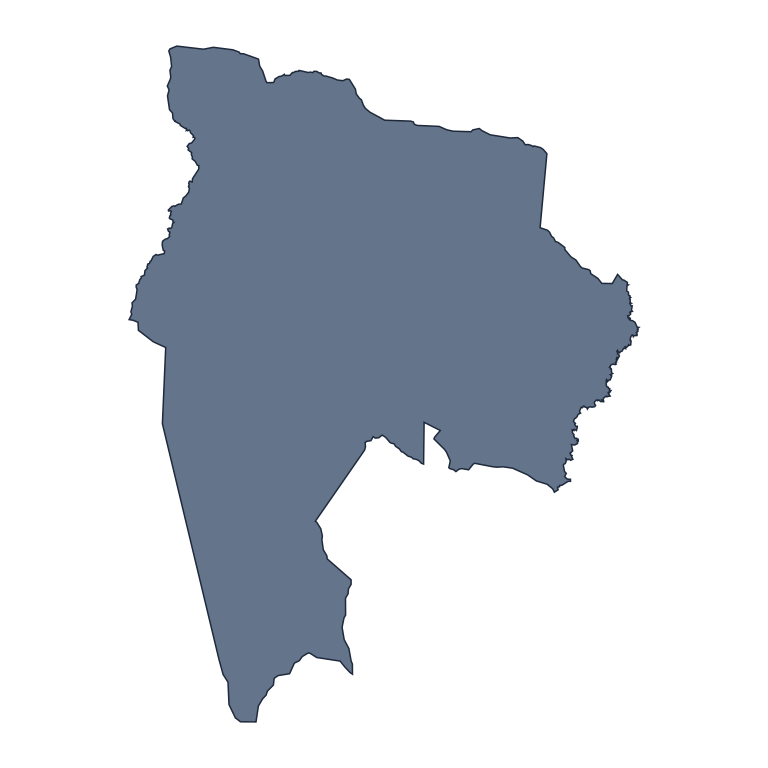 Bia West, Western, Ghana
{"feature_id": "2480657B58435284570364", "entity_name": "Bia West", "entity_type": "district", "adm_level": 2, "iso_a3": "GHA", "parent_name": "Ghana", "parent_adm1": "Western", "projection": "orthographic", "projection_center": [-3.037, 6.569], "detail": "fine", "context": "isolated", "style": "filled", "palette": "slate", "viewbox_px": 768, "rotation_deg": 0, "n_neighbors": 0, "source": "geoboundaries", "source_scale": "gbopen_adm2", "svg_char_len": 6078}
<svg xmlns="http://www.w3.org/2000/svg" viewBox="0 0 768 768"><path d="M176.8,46.1L170.0,48.9L168.8,51.0L170.6,57.1L171.6,66.5L169.9,70.4L170.7,76.3L170.5,78.7L167.3,86.1L169.1,89.8L167.5,95.9L169.5,109.7L172.5,113.0L173.0,118.7L174.4,120.7L175.1,120.8L174.9,121.4L180.1,124.1L180.3,125.4L185.1,128.4L186.5,128.4L186.3,130.4L187.0,129.9L187.6,130.7L189.3,130.1L190.0,130.7L190.5,132.7L193.4,135.6L193.1,137.3L193.8,137.1L194.9,137.9L194.6,139.2L191.6,143.0L189.3,143.5L187.1,146.4L188.7,148.3L188.1,149.9L191.6,152.6L191.3,154.3L192.4,157.2L192.1,158.8L195.3,161.5L197.4,165.3L198.8,165.5L198.7,169.2L192.6,178.5L192.1,182.0L189.9,181.1L189.2,181.8L188.7,183.2L189.2,184.9L188.4,186.6L189.4,188.3L188.8,192.0L185.7,196.1L183.3,197.9L181.3,204.0L178.3,204.3L174.7,206.3L174.0,205.9L171.9,206.4L168.3,210.1L168.6,211.0L170.7,210.8L171.3,211.3L170.5,213.8L170.8,215.1L170.0,215.7L169.3,217.9L169.8,218.7L172.9,220.1L172.9,221.4L174.0,222.4L172.7,223.1L171.8,227.5L170.3,228.5L169.2,228.1L167.6,229.0L168.5,231.4L169.9,232.1L169.2,235.1L169.7,236.4L167.4,238.6L165.4,239.1L163.0,240.8L162.4,242.0L162.2,245.1L163.2,250.2L164.7,251.1L164.2,253.6L157.4,255.2L156.1,254.5L153.2,256.4L151.0,261.0L150.2,261.2L149.5,263.4L147.8,264.0L147.0,267.0L147.5,268.0L145.0,270.6L144.4,275.1L141.1,276.6L141.4,278.0L139.9,279.4L138.6,283.5L136.2,285.0L136.2,287.3L137.1,289.6L135.6,299.1L132.0,302.9L132.4,306.2L130.9,311.7L131.7,314.4L129.1,319.6L133.1,320.3L138.0,322.3L138.4,330.3L153.3,341.8L165.7,347.5L162.4,423.7L218.9,659.1L223.1,674.5L228.0,682.2L229.0,704.6L235.4,717.9L240.5,721.8L256.0,721.9L258.4,706.0L262.5,699.0L266.1,695.1L267.4,691.1L273.4,685.0L274.2,678.3L278.1,675.6L289.6,673.7L294.4,663.1L299.3,660.7L302.2,656.6L306.9,653.7L308.8,652.9L310.1,653.3L316.7,657.5L340.1,661.1L345.0,667.2L350.1,672.6L352.5,674.2L352.4,664.1L351.1,660.8L348.9,648.5L344.2,639.7L342.1,627.3L344.0,617.9L345.6,615.1L345.5,598.2L348.1,593.7L348.5,588.8L351.1,584.4L351.1,579.8L327.2,558.9L326.9,555.9L323.3,549.7L321.9,539.6L322.4,536.1L320.8,528.8L316.7,522.2L315.3,521.3L364.6,450.1L365.5,446.7L365.1,442.7L366.8,441.3L370.9,440.7L373.1,436.7L375.3,438.1L378.7,437.8L382.2,435.1L385.6,437.3L390.2,442.7L394.3,444.0L395.5,446.3L399.4,448.9L401.3,451.6L403.2,452.3L408.0,456.1L411.6,457.3L413.3,458.9L415.6,459.1L418.7,460.5L421.3,463.2L423.6,464.1L424.1,422.3L440.3,430.5L434.6,437.2L433.9,438.9L444.5,449.4L446.6,452.4L450.3,460.9L448.8,467.6L449.7,468.6L453.6,469.7L455.9,471.6L459.0,469.2L461.8,468.6L468.6,469.8L473.2,464.1L474.8,463.3L492.4,466.7L496.7,467.2L503.1,466.8L512.6,468.2L527.5,474.8L536.3,480.9L547.2,484.3L552.7,488.8L554.4,492.2L558.1,489.8L557.5,487.1L559.6,486.7L559.6,485.5L562.0,485.2L568.0,481.4L570.5,481.3L570.5,479.3L567.3,479.1L564.6,476.5L566.3,473.4L564.6,471.6L563.4,465.7L563.6,464.4L565.3,463.5L566.2,461.2L565.9,458.6L567.8,459.8L569.3,459.2L570.5,460.3L572.9,459.3L571.6,456.6L572.1,455.5L570.7,455.1L570.6,453.7L569.4,453.2L570.3,453.1L572.7,450.9L571.4,444.6L574.8,445.0L577.5,443.5L577.6,441.6L578.3,441.2L578.2,439.5L577.1,440.0L577.5,439.0L576.7,438.3L574.9,438.4L573.7,435.7L574.0,434.7L572.6,433.0L572.2,429.9L573.8,430.4L573.5,429.6L574.8,429.5L576.4,430.5L577.3,427.3L577.3,426.3L576.0,426.4L574.6,424.1L575.4,423.4L573.4,421.5L574.3,419.1L576.8,417.1L578.1,414.4L580.6,413.1L579.7,411.9L579.8,410.4L581.3,407.2L582.4,407.7L583.9,406.0L584.8,407.0L586.6,407.4L587.4,409.1L588.4,407.5L590.2,406.7L591.9,407.2L594.7,406.7L595.6,405.4L594.4,403.6L594.5,402.0L596.0,400.3L597.3,399.9L597.5,400.7L599.4,400.1L600.3,401.5L603.1,401.7L602.1,400.2L603.5,400.7L603.1,399.6L603.6,398.2L605.7,396.4L606.4,396.1L607.4,397.3L607.2,396.5L610.1,396.1L608.1,392.9L608.5,392.2L609.6,392.6L610.9,390.6L609.6,390.6L609.7,388.6L608.6,388.6L608.2,387.2L606.6,386.5L606.1,383.0L607.4,381.7L606.4,381.6L606.2,380.9L606.5,379.6L607.4,380.5L610.2,379.9L611.7,376.1L610.6,374.9L611.5,375.0L611.3,374.2L612.6,373.5L611.7,373.0L611.3,368.9L610.4,368.8L610.6,368.2L608.9,366.9L610.1,367.2L610.5,365.4L612.7,364.1L615.2,364.6L616.2,364.1L615.4,362.4L616.6,362.0L616.3,359.3L616.8,357.4L617.6,357.5L617.7,359.0L619.4,356.0L618.6,354.2L617.5,353.9L617.7,352.6L616.8,351.2L617.6,350.4L618.0,351.7L619.7,352.8L620.2,351.9L622.0,351.2L623.7,348.3L625.6,348.7L624.8,346.1L626.2,347.5L627.8,346.3L628.5,344.8L628.9,345.4L630.7,345.0L631.1,341.1L629.6,340.3L630.6,340.4L630.3,338.2L631.0,336.4L632.1,335.0L632.9,335.1L633.3,336.6L633.8,335.8L637.0,335.5L637.1,334.9L636.4,334.9L636.9,333.3L636.3,332.5L637.9,331.5L637.3,329.8L638.1,329.7L637.8,328.3L638.9,327.4L637.2,327.2L635.0,322.3L632.6,320.7L630.2,320.3L630.3,318.6L629.2,319.2L628.7,318.1L629.7,317.3L628.2,317.8L627.7,315.9L628.5,316.0L630.6,314.2L630.6,313.0L629.8,312.5L630.3,311.7L632.4,311.4L631.5,310.1L632.2,305.9L631.2,305.9L629.9,303.5L631.2,303.2L630.2,302.6L630.2,299.5L629.4,298.8L630.7,297.5L629.8,297.1L630.1,296.0L628.6,295.1L628.4,292.1L626.7,291.0L627.0,285.8L628.3,284.9L627.2,284.7L627.4,282.4L623.9,280.1L622.5,279.9L617.6,274.4L612.3,283.5L601.8,283.4L597.9,278.4L590.8,273.7L590.1,270.6L588.7,269.6L582.1,268.0L580.5,266.6L575.9,260.0L571.0,256.9L564.8,249.5L564.8,247.5L558.0,242.3L555.5,241.6L553.6,237.9L551.5,236.2L549.5,232.1L547.4,230.2L540.1,227.7L546.9,153.7L543.2,149.4L540.5,147.6L534.0,145.9L533.2,146.7L531.5,145.5L528.0,144.5L525.3,144.8L522.8,141.1L517.8,137.6L510.3,138.0L490.2,134.8L481.9,130.6L479.3,128.5L472.8,129.9L471.1,131.7L453.2,131.2L446.8,129.8L439.1,126.4L417.1,125.4L414.3,124.3L413.3,121.9L410.6,121.1L384.7,120.2L369.8,112.1L365.4,108.4L363.4,105.2L361.4,99.8L359.4,98.2L356.3,94.0L355.4,89.1L349.4,79.4L346.6,79.0L342.9,80.7L337.3,80.0L333.0,78.1L325.9,76.0L324.0,76.0L321.5,74.4L321.1,73.0L319.1,72.9L316.8,71.4L313.9,71.3L312.8,72.6L310.5,72.1L308.2,72.5L299.0,70.4L298.6,71.3L295.5,71.4L293.7,72.5L292.4,72.5L289.8,75.4L284.9,75.4L284.3,74.3L281.7,76.1L279.1,76.5L275.1,78.9L273.7,82.5L267.1,82.7L266.0,81.2L262.7,71.1L259.7,66.1L258.5,59.1L243.4,53.7L240.3,53.7L239.1,52.1L232.9,49.8L213.3,47.3L203.5,49.2L176.8,46.1Z" fill="#64748b" stroke="#1e293b" stroke-width="1.5"/></svg>